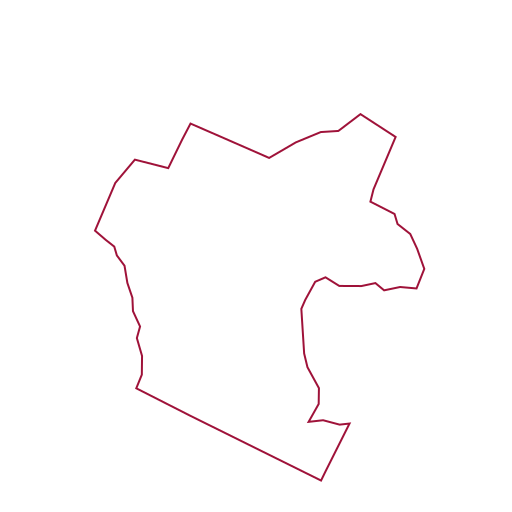 Capitão, Rio Grande do Sul, Brazil, rotated 296°
{"feature_id": "56859067B762126063802", "entity_name": "Capitão", "entity_type": "district", "adm_level": 2, "iso_a3": "BRA", "parent_name": "Brazil", "parent_adm1": "Rio Grande do Sul", "projection": "mercator", "projection_center": [-51.981, -29.282], "detail": "fine", "context": "isolated", "style": "outline", "palette": "rose", "viewbox_px": 512, "rotation_deg": 296, "n_neighbors": 0, "source": "geoboundaries", "source_scale": "gbopen_adm2", "svg_char_len": 808}
<svg xmlns="http://www.w3.org/2000/svg" viewBox="0 0 512 512"><g transform="rotate(296 256 256)"><path d="M429.3,287.7L404.5,275.2L395.8,259.9L375.6,242.0L349.9,224.8L347.7,171.2L346.3,139.1L328.4,138.6L296.5,138.6L289.5,104.9L260.0,97.5L208.2,100.2L204.6,113.9L202.3,124.5L195.5,130.7L189.6,142.1L175.4,152.2L164.3,163.2L152.5,169.6L141.8,182.7L130.0,184.9L116.2,197.4L99.3,205.4L84.6,206.4L83.6,266.2L82.7,412.9L92.8,412.9L146.4,413.5L141.1,405.1L137.8,388.3L130.0,376.0L150.5,377.2L164.8,370.5L178.6,351.0L189.5,342.0L228.4,319.9L238.2,319.5L258.8,320.5L267.3,327.8L265.6,344.0L275.2,363.9L284.0,375.2L281.3,386.2L291.3,399.1L297.2,414.5L318.2,412.9L333.1,397.7L343.4,385.0L346.8,369.2L354.5,362.1L355.0,335.0L367.4,332.4L424.2,329.3L429.3,287.7Z" fill="none" stroke="#9f1239" stroke-width="2"/></g></svg>